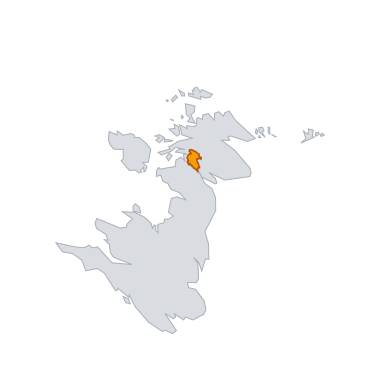 where Stirling sits in United Kingdom, rotated 49°
{"feature_id": "GBR-2016", "entity_name": "Stirling", "entity_type": "Unitary District", "adm_level": 1, "iso_a3": "GBR", "parent_name": "United Kingdom", "parent_adm1": "", "projection": "robinson", "projection_center": [-4.325, 56.249], "detail": "fine", "context": "in_parent", "style": "filled", "palette": "amber", "viewbox_px": 384, "rotation_deg": 49, "n_neighbors": 0, "source": "natural_earth", "source_scale": "10m", "svg_char_len": 5353}
<svg xmlns="http://www.w3.org/2000/svg" viewBox="0 0 384 384"><g transform="rotate(49 192 192)"><path d="M207.3,284.9L189.8,294.0L184.2,293.4L177.5,288.8L170.4,289.4L173.4,287.0L167.3,284.9L156.8,287.9L152.2,285.8L149.4,281.3L172.2,269.8L175.6,264.2L173.6,262.5L173.1,254.5L161.3,257.4L169.7,248.6L179.9,244.4L188.8,243.4L193.4,245.6L192.0,242.1L194.0,241.3L197.0,244.5L200.4,244.3L194.0,239.1L196.8,233.4L194.3,230.5L197.2,227.5L197.8,221.9L191.9,223.2L183.3,211.9L185.8,206.5L194.3,201.8L184.0,202.0L175.9,206.3L170.0,204.6L164.7,206.9L158.7,204.6L156.9,208.7L152.4,204.3L151.7,201.0L154.0,200.9L161.6,188.0L157.3,183.0L158.7,177.2L163.5,177.0L158.3,174.2L159.2,171.5L151.0,178.2L150.8,173.8L155.3,169.6L147.6,175.0L147.6,181.2L144.1,190.8L139.9,191.5L145.2,180.4L142.9,180.1L144.7,169.1L151.6,156.4L142.4,162.1L133.1,157.4L141.0,154.0L138.4,152.7L143.8,147.7L144.4,144.4L139.9,140.7L139.7,138.5L144.1,136.5L140.9,133.4L143.6,128.1L152.4,128.1L147.4,123.3L148.9,119.1L155.3,118.5L153.8,115.4L155.2,110.8L166.5,112.2L193.2,109.1L190.1,117.0L175.1,126.1L174.2,128.8L177.7,129.7L172.3,135.7L188.7,132.4L212.4,132.6L216.5,134.9L218.2,138.3L204.5,159.4L188.6,166.3L197.0,165.4L201.6,167.4L201.2,169.1L187.6,174.7L179.2,173.0L193.8,176.7L202.7,174.8L211.7,177.9L221.6,186.3L230.4,208.3L241.8,213.5L253.8,223.4L251.4,225.9L258.1,236.6L250.3,233.3L242.4,233.6L249.8,234.4L261.5,243.7L263.3,248.2L257.2,254.8L262.0,257.3L267.6,253.2L282.1,254.3L290.0,258.7L292.0,263.3L289.3,275.1L282.1,279.0L283.1,282.2L272.5,285.2L275.5,286.3L275.5,289.3L266.0,292.1L286.4,294.7L286.2,299.4L279.0,302.9L277.4,306.0L262.0,310.2L241.6,310.2L228.5,306.8L230.2,308.7L215.9,311.2L217.3,313.7L215.8,314.4L195.9,311.4L187.6,313.6L181.9,323.8L171.3,319.8L160.2,322.5L152.1,329.0L141.0,328.0L156.8,316.2L163.3,309.9L164.5,304.7L169.2,303.4L171.4,299.2L193.0,298.8L207.3,284.9ZM134.5,225.2L121.9,225.0L121.9,222.3L114.8,216.0L108.3,223.0L102.7,222.8L97.7,220.9L92.0,214.8L99.9,211.1L96.9,208.4L104.1,206.6L107.7,199.9L110.9,198.3L113.2,199.4L116.3,196.0L125.8,194.5L132.7,195.1L140.8,205.3L137.5,209.9L143.4,209.3L145.6,213.5L145.4,215.1L141.6,212.3L141.9,216.6L143.9,216.9L142.9,219.4L138.4,220.4L134.5,225.2ZM132.3,116.0L129.8,120.3L125.3,122.8L127.8,124.6L117.3,131.4L114.9,129.8L119.4,127.0L115.5,125.0L116.9,123.8L114.9,122.7L116.2,119.5L122.0,120.3L121.1,117.5L131.6,112.4L132.3,116.0ZM133.1,137.6L133.2,142.4L142.3,144.6L136.0,149.2L135.1,145.2L129.5,145.2L121.0,139.1L129.0,133.5L133.1,137.6ZM224.7,59.9L228.8,64.6L230.8,64.0L226.4,77.8L226.4,71.0L219.2,67.9L224.7,66.7L220.9,62.7L224.7,59.9ZM139.9,166.8L129.4,168.1L132.9,163.1L129.3,161.1L133.6,159.2L140.3,163.1L139.9,166.8ZM168.8,241.6L174.2,244.4L167.6,248.9L164.0,245.6L163.7,242.4L168.8,241.6ZM132.9,177.2L133.6,184.1L129.3,185.3L129.4,181.0L125.6,183.1L127.2,179.1L132.9,177.2ZM193.1,97.4L192.7,99.8L198.7,101.0L190.9,102.0L187.3,99.5L189.3,96.3L193.1,97.4ZM153.1,189.3L148.6,188.5L147.8,183.8L151.5,183.2L153.1,189.3ZM235.8,312.1L232.0,314.7L225.6,312.7L230.7,310.0L235.8,312.1ZM136.0,180.1L134.0,178.1L140.9,172.5L139.5,175.3L136.0,180.1ZM112.5,133.1L114.6,134.5L112.8,136.8L106.4,135.1L112.5,133.1ZM111.3,147.4L108.7,147.0L108.3,140.7L111.1,140.9L111.3,147.4ZM230.9,62.3L228.5,60.1L229.8,57.2L231.8,58.1L230.9,62.3ZM199.3,95.2L197.6,95.8L193.0,91.8L194.5,91.2L199.3,95.2ZM191.0,105.1L188.8,105.4L186.5,102.2L188.9,102.3L191.0,105.1ZM235.8,55.0L234.9,58.1L233.1,57.8L233.1,55.1L235.8,55.0ZM205.0,93.1L200.5,94.1L205.4,92.4L205.0,93.1ZM130.3,151.2L128.9,151.4L127.3,149.8L129.4,149.0L130.3,151.2ZM196.1,104.3L194.6,106.0L193.4,104.4L196.1,104.3ZM125.2,159.7L122.5,160.5L126.1,158.7L125.2,159.7ZM107.9,151.1L106.2,151.5L105.5,151.0L107.2,149.8L107.9,151.1Z" fill="#d9dde1" stroke="#a8b0b8" stroke-width="1"/><path d="M178.2,172.7L178.2,172.8L179.4,173.4L179.6,173.6L180.2,174.2L179.6,174.1L178.5,174.3L176.6,174.5L175.2,174.9L174.8,175.1L174.7,174.8L173.4,174.8L172.8,175.2L172.5,175.3L172.4,175.3L172.2,175.2L172.3,174.9L172.2,174.7L171.9,174.8L171.7,175.1L171.1,174.9L170.1,175.0L169.5,174.8L169.3,175.0L169.7,175.7L169.8,176.2L169.6,176.5L169.0,176.5L167.9,176.0L167.3,176.2L166.9,176.1L166.5,175.5L165.9,175.4L165.7,175.0L165.7,174.7L166.5,174.4L166.2,174.1L165.1,173.9L164.7,173.6L164.2,173.6L163.6,173.5L163.2,173.5L162.9,173.2L162.5,172.3L161.8,171.1L161.6,170.4L161.5,169.8L161.5,169.7L161.5,169.2L161.6,168.9L161.6,169.0L161.7,168.6L161.9,168.4L162.0,168.4L161.8,168.2L161.7,167.9L162.2,167.4L161.1,167.2L160.8,167.2L160.6,167.2L159.6,167.4L159.6,167.2L159.7,166.9L158.6,166.3L158.5,166.1L159.0,165.6L159.1,165.4L159.2,165.2L159.8,164.7L160.7,164.4L160.7,164.1L160.8,164.0L161.2,163.8L161.9,163.9L162.4,163.6L163.2,163.0L163.8,162.9L164.5,162.8L164.7,162.7L164.9,162.4L165.1,162.4L165.5,162.6L167.3,162.2L168.1,161.8L168.6,162.0L169.3,163.2L169.4,163.3L170.4,163.1L171.5,162.6L171.9,162.5L172.1,162.6L172.6,162.8L173.1,163.7L172.5,163.8L172.1,164.0L171.3,163.9L171.3,165.6L171.2,165.8L170.6,165.9L170.5,166.0L170.4,166.1L170.5,166.1L170.5,166.5L170.7,167.2L171.6,167.9L172.6,168.0L173.0,168.4L173.4,168.6L173.5,168.5L173.6,168.3L173.8,168.2L174.1,168.6L175.1,168.7L175.7,169.1L176.8,169.6L177.4,170.1L178.1,169.9L178.2,170.0L178.2,170.5L178.4,170.6L178.5,170.6L178.4,170.9L178.2,171.5L177.9,171.9L177.7,172.2L177.8,172.5L178.0,172.7L178.2,172.7Z" fill="#f59e0b" stroke="#b45309" stroke-width="1.5"/></g></svg>